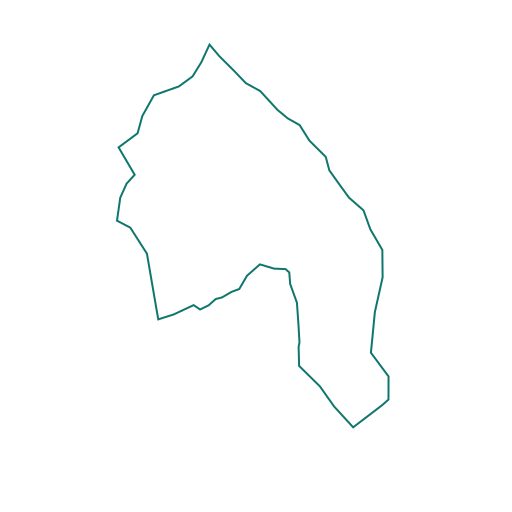 outline of Dagana, Hadjer-Lamis, Chad, rotated 232°
{"feature_id": "50815135B82618270305421", "entity_name": "Dagana", "entity_type": "district", "adm_level": 2, "iso_a3": "TCD", "parent_name": "Chad", "parent_adm1": "Hadjer-Lamis", "projection": "robinson", "projection_center": [15.574, 12.905], "detail": "fine", "context": "isolated", "style": "outline", "palette": "teal", "viewbox_px": 512, "rotation_deg": 232, "n_neighbors": 0, "source": "geoboundaries", "source_scale": "gbopen_adm2", "svg_char_len": 893}
<svg xmlns="http://www.w3.org/2000/svg" viewBox="0 0 512 512"><g transform="rotate(232 256 256)"><path d="M369.4,168.2L355.7,174.4L325.0,171.5L271.2,142.6L266.2,140.0L264.4,145.0L260.6,155.2L255.7,176.6L248.3,179.0L246.3,188.2L246.9,197.7L244.3,203.7L242.8,214.6L240.3,222.5L246.0,236.8L247.0,253.9L234.9,262.5L227.5,271.2L222.6,272.1L212.9,265.7L194.0,259.5L174.9,246.6L161.2,237.1L158.0,233.5L142.8,222.3L113.9,226.1L89.3,224.9L61.2,227.1L60.8,263.4L61.3,272.0L79.5,286.3L109.0,287.0L138.6,315.1L161.2,342.6L183.0,359.3L206.5,362.5L225.8,368.8L244.7,365.2L261.6,365.8L278.3,366.5L291.2,372.0L314.1,369.1L332.2,371.0L344.8,365.8L357.7,362.9L383.3,360.9L398.5,354.4L415.4,352.7L436.3,350.1L451.2,349.5L442.3,332.1L436.6,316.7L437.1,299.7L445.5,274.5L436.3,252.6L425.6,238.2L426.2,214.6L394.7,210.4L392.7,198.6L385.5,184.9L369.4,168.2Z" fill="none" stroke="#0f766e" stroke-width="2"/></g></svg>